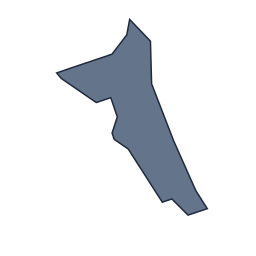 the district of Ameland, Netherlands, rotated 71°
{"feature_id": "6326949B94267238588526", "entity_name": "Ameland", "entity_type": "district", "adm_level": 2, "iso_a3": "NLD", "parent_name": "Netherlands", "parent_adm1": "", "projection": "equal_earth", "projection_center": [5.771, 53.406], "detail": "fine", "context": "isolated", "style": "filled", "palette": "slate", "viewbox_px": 256, "rotation_deg": 71, "n_neighbors": 0, "source": "geoboundaries", "source_scale": "gbopen_adm2", "svg_char_len": 550}
<svg xmlns="http://www.w3.org/2000/svg" viewBox="0 0 256 256"><g transform="rotate(71 128 128)"><path d="M93.6,149.7L93.7,134.4L114.0,134.5L127.6,144.7L134.3,144.7L148.0,134.6L168.4,129.7L171.8,128.8L188.9,124.7L209.3,119.7L209.3,114.7L209.4,109.6L224.8,102.1L229.9,99.6L230.0,89.4L230.1,79.3L209.6,84.2L198.8,85.2L155.2,89.0L93.9,91.3L92.3,90.8L53.2,78.5L25.9,91.1L39.5,98.8L48.3,112.0L48.8,112.8L53.0,119.1L52.9,133.7L52.8,148.3L52.7,162.9L52.7,177.5L59.4,175.0L66.3,169.9L93.6,149.7Z" fill="#64748b" stroke="#1e293b" stroke-width="1.5"/></g></svg>